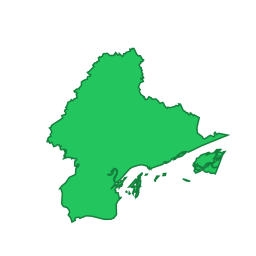 Chandpur, Chittagong, Bangladesh, rotated 248°
{"feature_id": "16705992B70711841490613", "entity_name": "Chandpur", "entity_type": "district", "adm_level": 2, "iso_a3": "BGD", "parent_name": "Bangladesh", "parent_adm1": "Chittagong", "projection": "albers", "projection_center": [90.778, 23.244], "detail": "fine", "context": "isolated", "style": "filled", "palette": "green", "viewbox_px": 256, "rotation_deg": 248, "n_neighbors": 0, "source": "geoboundaries", "source_scale": "gbopen_adm2", "svg_char_len": 5732}
<svg xmlns="http://www.w3.org/2000/svg" viewBox="0 0 256 256"><g transform="rotate(248 128 128)"><path d="M97.3,42.0L97.1,42.7L95.5,43.0L91.9,42.6L82.5,38.1L79.4,38.7L77.0,41.8L73.5,42.7L71.2,41.9L69.9,40.0L65.9,41.2L61.8,40.8L62.1,44.5L64.0,44.8L64.4,46.1L63.6,49.2L62.3,49.6L62.3,56.1L60.0,61.1L52.2,71.8L49.9,77.7L49.9,81.2L52.0,84.9L61.7,88.5L64.1,91.2L66.4,96.2L66.3,93.6L71.6,94.5L72.9,92.2L74.3,93.2L75.4,92.5L76.9,94.5L79.6,96.0L79.7,94.2L77.7,89.3L81.5,95.8L84.6,95.1L86.8,95.9L90.2,100.5L92.7,101.5L95.3,100.1L91.1,96.2L90.7,93.9L92.7,91.2L91.3,95.7L94.0,97.6L93.6,96.1L94.0,96.2L95.8,99.8L94.9,101.4L92.3,102.2L89.4,100.7L85.1,95.8L83.2,95.8L81.8,97.0L82.9,100.8L89.4,114.0L90.1,117.1L89.5,124.3L88.5,127.6L85.2,131.7L84.1,131.3L81.9,132.2L83.4,133.1L81.1,133.8L81.8,134.4L81.9,136.8L81.3,146.7L83.0,149.2L81.6,152.0L81.4,154.4L83.0,156.9L83.2,161.9L84.3,163.6L85.2,168.6L84.3,168.0L84.6,166.1L83.9,166.0L82.1,162.9L81.7,167.4L83.2,172.0L84.0,171.2L83.8,169.7L85.2,169.6L84.7,172.3L83.0,175.1L84.0,190.2L84.0,217.9L89.2,209.9L88.6,207.9L91.4,207.2L90.7,205.9L88.4,205.4L87.6,204.4L90.4,201.6L89.2,194.9L90.7,193.5L92.0,193.7L97.1,190.6L99.0,190.8L103.2,192.4L110.9,198.0L115.4,194.2L114.9,193.3L118.5,191.8L118.6,191.1L117.1,190.5L117.7,189.1L119.8,188.9L120.4,187.6L122.2,187.1L123.3,185.8L130.4,185.5L131.0,184.7L129.8,185.1L130.7,183.9L129.7,183.0L130.9,180.8L130.4,179.8L131.0,174.8L132.3,172.8L131.7,171.6L134.7,170.3L137.8,170.2L138.8,169.6L138.8,167.5L139.7,166.3L141.4,166.3L144.5,164.7L145.5,161.2L147.0,161.0L149.2,159.1L147.6,157.2L147.8,154.7L150.4,154.8L150.5,153.9L151.2,154.4L154.6,152.4L158.1,152.3L158.9,153.6L162.1,153.0L165.4,156.3L165.4,159.7L168.2,159.6L168.3,158.5L169.1,158.3L169.5,160.4L168.5,160.5L168.6,161.3L172.1,160.9L172.4,161.9L175.1,161.6L176.2,162.8L177.2,162.1L178.9,162.9L179.5,162.1L182.4,161.9L183.5,164.4L184.6,164.6L184.1,166.4L185.2,168.0L186.5,167.1L190.5,166.4L190.8,164.9L192.8,163.7L199.5,163.3L200.2,161.6L199.4,161.1L200.4,159.3L198.4,158.9L198.8,154.4L197.8,153.5L198.5,151.8L196.6,150.5L196.6,149.5L200.3,147.8L199.2,147.2L199.2,146.1L202.6,144.8L202.0,143.9L201.9,144.7L201.1,144.6L200.7,141.2L201.5,140.3L201.5,138.7L204.9,136.8L206.1,133.0L204.0,130.9L203.9,128.7L204.6,128.6L204.1,126.8L201.1,126.4L201.1,124.0L200.2,123.3L200.8,121.6L199.4,118.9L197.8,119.5L195.0,113.2L194.8,111.2L192.2,112.2L191.5,113.3L190.4,112.9L190.6,109.7L188.6,108.4L188.7,104.3L188.0,102.0L184.8,100.7L183.5,97.8L182.6,97.4L183.3,95.0L182.5,91.9L181.4,91.9L180.3,93.7L179.2,93.9L178.7,92.6L175.0,92.3L175.2,89.5L174.0,86.9L175.5,86.0L174.5,85.0L174.3,82.0L171.0,79.2L170.5,78.0L168.3,78.4L168.3,76.4L167.4,75.5L165.3,76.0L164.1,75.4L164.3,71.2L161.7,71.2L159.1,58.3L157.8,57.1L157.4,55.2L156.2,55.8L152.7,55.8L151.0,53.4L149.1,53.5L149.1,50.7L145.7,47.9L145.3,48.3L146.1,49.3L143.1,49.9L143.4,52.0L138.5,52.3L138.4,55.1L139.1,56.4L138.4,57.6L136.7,57.5L136.3,59.1L134.4,57.4L133.0,57.6L131.9,61.3L131.1,62.4L130.1,62.3L128.6,61.6L130.6,61.1L130.6,60.5L127.7,60.6L127.4,59.2L125.5,59.4L125.9,58.2L124.9,58.5L123.7,56.9L123.4,61.3L121.8,64.0L120.5,64.3L121.1,65.3L119.4,66.8L119.2,68.5L117.8,68.7L117.0,66.1L112.8,64.4L111.6,65.7L113.3,67.9L112.7,68.9L111.0,67.6L110.2,64.7L104.6,61.8L104.2,55.1L100.6,49.7L99.0,44.7L97.3,42.0ZM68.8,174.3L67.1,174.8L68.8,178.9L67.7,178.8L62.9,182.5L65.6,187.6L65.5,190.3L64.9,191.4L64.3,191.1L64.1,194.5L66.0,196.2L67.6,195.8L69.3,199.0L72.2,200.9L73.6,194.3L73.4,190.7L74.6,191.8L74.5,194.8L75.1,193.7L75.5,185.8L73.9,182.2L74.2,180.3L72.1,178.6L70.3,175.1L69.4,175.0L69.4,176.2L69.0,175.8L68.8,174.3ZM58.2,196.9L58.9,192.5L60.6,191.5L62.8,191.9L63.4,191.1L63.5,188.7L61.8,187.0L63.6,188.6L63.7,190.7L64.9,189.2L64.0,186.9L62.4,185.5L62.0,182.4L59.0,182.5L57.3,184.7L57.4,186.5L54.9,187.8L54.1,190.4L52.8,191.8L58.2,196.9ZM65.6,203.7L64.7,200.7L65.4,201.3L65.5,200.1L63.0,192.5L59.6,192.3L58.8,193.7L58.6,197.4L65.6,203.7ZM69.8,209.1L70.2,207.4L69.3,206.1L70.5,205.4L71.9,202.4L69.6,199.9L68.9,200.5L69.1,199.5L67.4,196.2L65.9,198.1L67.1,198.9L66.5,199.2L66.7,201.6L67.8,205.4L66.0,201.8L65.6,202.7L69.8,209.1ZM71.9,111.2L71.2,108.7L71.2,111.8L66.6,109.7L65.7,110.9L70.3,115.5L70.7,116.6L69.9,116.0L69.5,116.7L69.5,115.4L66.2,112.8L66.1,113.8L65.2,114.1L68.0,115.4L69.3,117.5L73.9,119.8L74.0,118.4L75.4,120.7L73.8,117.5L70.5,113.8L71.2,113.6L71.9,111.2ZM77.7,115.9L73.0,106.7L72.2,109.9L76.4,116.7L76.8,118.5L75.8,119.3L78.0,121.6L76.7,119.6L77.9,120.5L77.0,117.3L77.7,115.9ZM66.1,179.2L66.6,177.4L65.8,174.9L64.2,176.0L61.0,180.8L62.4,182.1L64.0,180.1L66.1,179.2ZM81.1,99.0L79.8,97.0L77.3,96.3L78.4,99.2L77.7,99.9L80.0,103.3L81.7,102.1L80.6,100.1L81.1,99.0ZM63.5,173.2L60.8,174.0L60.9,178.4L65.1,174.8L63.5,173.2ZM81.2,124.7L79.5,119.4L78.9,118.6L78.0,119.0L79.4,123.0L81.2,124.7ZM65.2,112.4L61.9,109.1L61.3,109.0L62.1,109.7L61.6,110.6L60.4,109.5L61.5,111.5L64.2,113.7L65.2,112.4ZM73.2,206.7L74.7,202.1L73.7,200.0L72.7,203.3L73.2,206.7ZM71.7,146.0L72.4,143.7L70.8,142.6L70.1,144.8L71.7,146.0ZM71.8,138.6L72.6,136.8L70.6,134.4L70.0,134.9L71.8,138.6ZM55.3,165.7L58.9,161.7L60.3,159.7L56.9,162.6L55.3,165.7ZM82.8,107.7L83.1,106.3L81.0,103.4L81.4,105.4L82.8,107.7ZM77.9,101.7L78.3,101.2L76.3,97.6L75.8,97.4L76.7,98.7L76.4,100.2L77.9,101.7ZM73.9,114.9L72.9,115.0L73.1,115.7L75.4,118.5L73.9,114.9ZM81.2,152.1L82.4,149.9L81.8,148.8L81.0,150.0L81.2,152.1ZM82.4,162.3L82.4,158.2L81.6,158.0L81.4,160.1L82.4,162.3ZM67.9,133.4L70.2,133.9L69.7,133.1L67.9,133.4ZM68.0,105.1L66.5,104.2L66.1,104.5L66.3,105.4L68.0,105.1ZM78.0,128.6L78.5,127.4L77.8,126.6L77.5,128.0L78.0,128.6ZM66.8,109.1L65.6,108.0L64.8,108.0L67.3,109.7L68.2,109.8L66.6,108.5L66.8,109.1ZM70.0,102.8L69.5,102.2L68.8,102.8L69.5,103.1L70.0,102.8Z" fill="#22c55e" stroke="#15803d" stroke-width="1.5"/></g></svg>